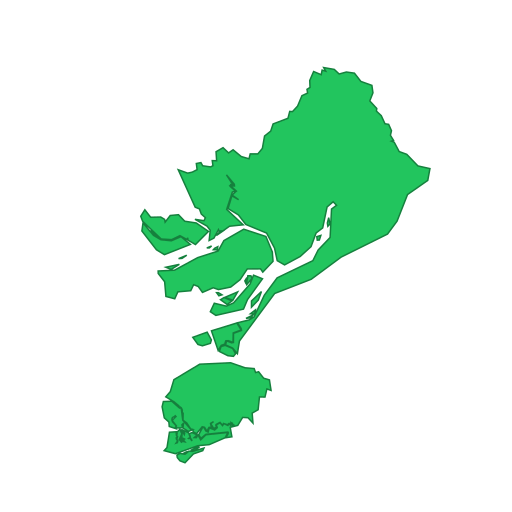 Tana Tidung, Kalimantan Timur, Indonesia (Equal Earth projection), rotated 135°
{"feature_id": "22746128B22343651246279", "entity_name": "Tana Tidung", "entity_type": "district", "adm_level": 2, "iso_a3": "IDN", "parent_name": "Indonesia", "parent_adm1": "Kalimantan Timur", "projection": "equal_earth", "projection_center": [117.34, 3.554], "detail": "fine", "context": "isolated", "style": "filled", "palette": "green", "viewbox_px": 512, "rotation_deg": 135, "n_neighbors": 0, "source": "geoboundaries", "source_scale": "gbopen_adm2", "svg_char_len": 6170}
<svg xmlns="http://www.w3.org/2000/svg" viewBox="0 0 512 512"><g transform="rotate(135 256 256)"><path d="M267.8,317.7L273.2,325.1L269.5,311.7L270.2,306.5L278.2,300.1L273.1,298.4L263.9,301.2L264.7,299.4L263.7,299.1L261.5,297.1L253.7,295.8L243.0,287.1L243.8,309.7L227.4,318.0L224.6,316.1L225.1,323.5L223.4,324.4L221.7,321.9L221.7,324.3L219.5,334.3L220.6,322.0L221.9,320.9L224.4,323.7L224.0,315.8L229.8,316.0L228.5,308.1L230.5,315.6L242.2,309.3L239.4,297.5L240.9,285.5L232.3,264.7L237.3,248.5L244.3,237.7L242.1,229.5L225.1,224.4L210.5,223.7L197.2,229.8L189.0,228.7L171.1,240.4L163.1,239.8L163.2,234.9L169.4,235.8L190.5,216.7L207.8,216.3L219.1,212.5L256.5,225.6L277.9,222.4L300.5,214.3L306.0,215.6L316.3,221.9L317.8,215.1L318.9,213.6L326.6,217.2L333.1,210.8L334.7,211.9L336.7,216.7L340.4,214.8L337.6,207.4L338.2,200.1L327.8,207.6L269.3,216.3L233.4,200.5L196.5,195.0L147.5,178.5L131.6,180.9L105.4,192.3L81.1,188.0L71.2,194.8L77.8,205.2L77.5,221.3L80.9,228.6L77.8,238.8L79.0,241.4L77.0,240.5L75.6,246.3L71.6,248.8L69.1,255.3L71.3,258.3L68.2,266.6L68.4,273.3L66.3,274.9L65.9,285.2L57.9,288.7L53.4,294.7L58.4,305.3L57.1,315.7L62.0,322.2L68.5,325.9L68.7,332.6L74.9,341.4L76.0,337.4L77.8,340.7L81.7,338.1L84.8,345.7L93.9,342.1L98.6,337.0L102.1,337.8L104.3,334.7L110.1,336.9L120.6,332.6L128.1,332.3L129.9,334.4L136.0,330.8L150.5,337.3L157.3,333.9L165.1,334.8L175.4,327.6L182.5,326.9L187.9,332.3L192.2,329.7L196.1,336.8L197.1,347.3L202.5,348.3L202.7,355.9L210.5,358.0L216.5,351.2L219.5,354.4L222.6,350.3L225.1,351.1L229.9,357.5L228.9,361.0L232.8,363.6L236.6,358.7L241.8,360.4L245.7,362.9L250.0,372.0L264.5,333.5L262.7,329.3L265.0,324.4L264.7,318.9L267.8,317.7ZM376.0,147.3L376.3,140.0L369.8,147.6L363.2,145.8L353.2,153.9L349.4,149.9L342.3,154.3L340.4,150.3L334.1,158.9L337.0,164.2L336.0,172.3L338.7,173.9L336.9,177.7L342.8,184.7L349.4,198.4L372.3,219.3L401.5,226.6L412.5,220.7L419.4,220.2L417.0,210.6L416.5,204.4L417.4,202.8L416.3,202.6L416.2,201.4L417.0,199.2L418.7,197.6L418.7,196.3L423.7,191.5L423.0,186.8L424.5,179.8L423.3,178.1L424.7,176.1L423.7,172.4L414.8,173.3L413.5,171.3L414.5,166.8L410.5,168.1L408.8,166.7L408.2,163.9L407.8,167.8L406.5,169.8L403.1,168.9L406.6,169.4L408.1,162.8L406.2,163.6L404.7,162.6L404.1,164.7L403.4,165.1L399.1,163.8L399.4,159.9L397.4,160.6L395.8,157.5L395.6,156.3L394.2,156.9L393.5,156.7L393.6,154.2L392.7,155.7L391.6,155.8L391.0,155.0L391.2,153.8L392.1,152.8L390.5,152.0L392.3,152.5L391.7,155.6L393.7,153.8L393.6,156.4L395.7,156.0L397.3,160.2L399.6,159.7L399.4,163.4L403.4,164.7L404.8,162.0L408.2,162.2L410.6,167.5L414.3,165.4L415.2,167.8L414.1,171.4L415.0,172.5L423.0,170.1L423.8,166.0L417.6,165.4L400.5,151.5L400.5,150.6L401.6,149.9L405.8,148.8L400.9,145.2L395.4,153.1L388.7,149.1L379.6,151.3L376.0,147.3ZM262.6,239.8L247.7,240.2L241.6,247.3L235.2,262.8L245.7,283.6L267.8,289.6L279.3,286.3L298.4,296.1L323.7,303.6L335.8,314.6L337.5,312.8L338.8,302.4L348.3,291.1L343.7,283.2L336.6,285.9L326.7,277.6L320.4,279.8L318.4,275.3L319.6,268.1L308.7,263.8L306.3,258.8L295.8,251.9L284.0,250.5L271.3,253.0L261.9,243.7L262.6,239.8ZM301.9,367.3L309.4,365.6L311.6,360.7L311.0,335.0L304.0,327.2L295.4,324.2L292.9,315.6L292.5,316.7L291.4,317.2L292.9,315.3L290.7,306.9L272.2,307.0L274.9,321.6L281.8,331.0L281.6,340.0L288.0,345.3L296.3,344.2L294.7,346.5L295.8,350.9L303.1,357.9L301.9,367.3ZM406.3,149.3L400.7,151.1L417.8,165.0L425.1,165.1L423.6,170.5L426.6,169.7L428.1,171.3L424.1,171.1L426.2,176.5L428.9,177.5L430.0,175.1L431.3,173.4L431.3,171.9L432.1,170.5L431.5,173.8L431.0,173.8L432.6,174.4L432.7,174.7L430.8,174.3L428.7,178.5L431.2,185.7L431.3,182.5L431.8,181.1L433.0,180.4L431.5,186.4L433.1,183.3L437.0,180.0L435.6,176.3L437.2,179.6L437.7,174.9L438.7,176.4L438.0,181.1L440.5,176.4L440.0,180.5L434.2,182.7L432.3,187.3L437.0,187.2L437.3,186.2L438.9,185.3L439.2,183.7L441.5,182.5L441.9,180.6L443.6,179.6L444.8,180.2L442.2,180.7L441.8,182.7L441.0,183.8L439.4,183.8L439.1,185.4L437.4,187.5L436.3,187.8L441.8,192.6L454.4,183.5L458.6,183.3L452.8,173.2L431.3,163.0L422.5,155.7L406.3,149.3ZM326.4,242.4L302.4,227.3L292.8,231.2L267.5,235.3L271.3,244.2L279.9,240.4L305.0,238.7L312.4,241.5L318.9,252.1L327.7,248.9L326.4,242.4ZM319.8,321.7L294.2,310.6L295.4,322.7L305.1,326.6L311.8,334.8L313.9,343.0L312.5,359.3L319.0,354.4L322.0,330.8L319.8,321.7ZM429.3,186.0L427.8,179.7L423.7,178.0L424.7,179.5L423.9,191.7L416.5,201.3L417.6,202.6L418.3,212.9L424.4,218.6L429.0,215.8L435.3,206.4L435.0,200.2L437.9,196.8L434.8,190.7L434.7,191.6L432.5,192.3L432.3,197.8L431.0,200.0L429.5,200.8L428.2,200.6L426.3,199.3L426.0,200.9L426.1,199.1L431.6,199.0L432.4,192.1L434.5,191.2L429.4,186.4L427.8,189.0L425.9,189.1L425.6,188.9L429.3,186.0ZM335.5,215.8L333.3,211.2L326.5,217.7L318.8,214.2L316.9,222.2L340.4,234.6L349.5,216.1L343.8,217.4L340.4,215.8L337.4,217.4L335.5,215.8ZM358.2,243.2L359.6,234.5L357.4,230.4L350.0,226.5L346.9,228.2L344.4,236.7L358.2,243.2ZM440.2,160.3L431.3,156.0L428.6,157.0L439.1,162.7L441.5,165.5L446.4,166.0L449.4,170.2L452.7,171.1L454.2,169.1L454.6,164.9L452.4,160.0L440.2,160.3ZM339.6,201.3L337.9,207.1L341.0,214.6L344.7,216.7L349.4,214.4L346.4,205.4L342.9,201.0L339.6,201.3ZM295.4,223.0L285.6,223.2L277.3,227.0L291.0,227.4L295.4,223.0ZM303.6,241.1L294.4,243.6L307.3,248.8L303.6,241.1ZM304.7,241.2L308.0,249.2L312.0,250.2L310.7,242.1L304.7,241.2ZM325.5,306.5L316.1,304.3L327.7,311.8L325.5,306.5ZM275.7,247.8L282.4,243.0L282.8,242.3L274.7,243.0L273.6,245.6L275.7,247.8ZM184.2,226.2L181.1,226.3L177.5,231.7L182.2,228.9L184.2,226.2ZM199.3,226.7L201.5,223.9L199.9,222.5L195.6,224.7L199.3,226.7ZM298.3,216.2L296.0,217.1L294.5,218.3L300.8,219.1L298.3,216.2ZM310.0,306.6L304.4,305.5L312.6,308.9L310.0,306.6ZM307.2,219.0L303.1,215.8L299.9,216.4L307.2,219.0ZM439.7,164.8L436.5,161.9L431.0,160.9L433.5,162.7L439.7,164.8ZM312.2,348.7L313.3,343.7L312.1,338.2L311.5,341.0L312.2,348.7ZM309.8,257.9L310.4,254.1L307.5,252.6L308.5,256.6L309.8,257.9ZM263.8,298.8L269.6,298.5L262.0,297.1L263.8,298.8ZM281.7,290.6L279.0,287.7L276.4,289.6L279.7,290.7L281.7,290.6ZM277.7,247.2L281.5,246.3L282.1,244.8L277.7,247.2ZM447.0,167.8L445.5,165.9L442.5,165.7L443.8,166.8L447.0,167.8ZM285.1,296.5L283.3,294.7L280.3,294.5L285.1,296.5Z" fill="#22c55e" stroke="#15803d" stroke-width="1.5"/></g></svg>